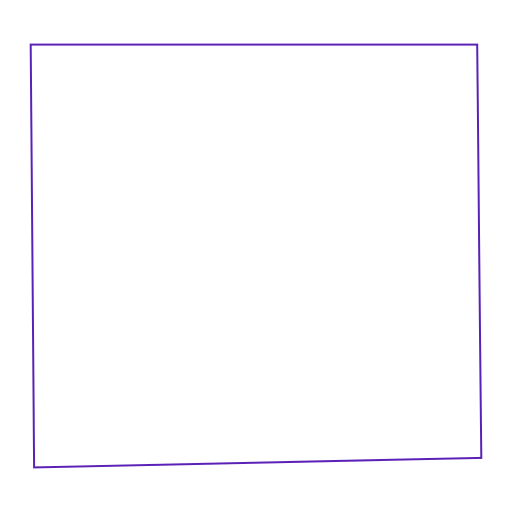 outline of Chalileo, La Pampa, Argentina
{"feature_id": "61730980B72501201061130", "entity_name": "Chalileo", "entity_type": "district", "adm_level": 2, "iso_a3": "ARG", "parent_name": "Argentina", "parent_adm1": "La Pampa", "projection": "equal_earth", "projection_center": [-66.489, -36.399], "detail": "fine", "context": "isolated", "style": "outline", "palette": "violet", "viewbox_px": 512, "rotation_deg": 0, "n_neighbors": 0, "source": "geoboundaries", "source_scale": "gbopen_adm2", "svg_char_len": 362}
<svg xmlns="http://www.w3.org/2000/svg" viewBox="0 0 512 512"><path d="M228.8,44.6L142.3,44.6L35.6,44.6L30.7,44.6L33.5,390.1L33.8,430.3L34.1,467.4L40.4,467.3L404.5,459.5L481.3,457.9L481.3,457.7L480.0,333.7L479.2,251.7L478.0,123.3L477.2,44.8L477.2,44.6L471.3,44.6L440.5,44.6L423.5,44.6L229.0,44.6L228.8,44.6Z" fill="none" stroke="#5b21b6" stroke-width="2"/></svg>